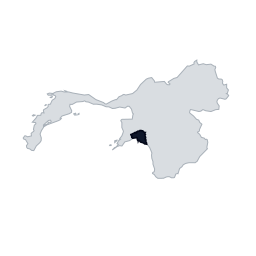 where Sa Kaeo sits in Thailand, rotated 81°
{"feature_id": "THA-433", "entity_name": "Sa Kaeo", "entity_type": "Province", "adm_level": 1, "iso_a3": "THA", "parent_name": "Thailand", "parent_adm1": "", "projection": "albers", "projection_center": [102.297, 13.672], "detail": "fine", "context": "in_parent", "style": "filled", "palette": "ink", "viewbox_px": 256, "rotation_deg": 81, "n_neighbors": 0, "source": "natural_earth", "source_scale": "10m", "svg_char_len": 5898}
<svg xmlns="http://www.w3.org/2000/svg" viewBox="0 0 256 256"><g transform="rotate(81 128 128)"><path d="M109.2,24.4L109.4,25.4L110.5,24.1L111.8,23.5L114.5,26.4L114.8,27.7L112.8,32.4L113.1,34.0L114.3,35.3L115.9,36.1L117.5,35.9L120.5,34.5L123.8,35.4L123.6,38.5L124.7,43.5L123.1,48.6L121.5,51.1L122.7,53.3L122.8,55.4L119.5,63.3L120.2,63.9L122.2,64.8L123.0,64.5L126.4,61.4L130.1,59.0L131.3,56.9L133.7,56.3L135.8,54.4L140.6,57.6L141.9,57.9L142.5,58.5L142.8,59.8L143.4,60.0L145.4,58.2L148.7,57.0L150.0,54.2L151.5,53.4L151.4,52.1L151.9,51.6L154.6,51.4L158.7,52.9L160.2,53.2L160.9,52.8L167.4,61.6L171.7,64.9L172.8,67.2L171.8,73.1L172.0,76.5L172.9,79.1L174.7,80.8L176.1,83.4L181.0,85.8L180.6,86.4L181.0,88.0L184.1,89.8L184.3,90.4L184.0,92.8L182.6,94.7L182.3,96.2L182.4,98.0L183.2,100.8L182.3,106.5L180.5,108.2L178.1,109.3L176.8,110.9L175.8,110.5L175.3,108.9L172.7,108.1L167.6,109.0L165.1,108.6L161.7,109.2L158.4,109.0L156.4,108.3L150.9,109.6L148.6,110.7L146.9,112.4L144.4,116.6L141.9,119.2L141.9,120.3L138.7,120.9L138.9,124.5L140.7,128.4L141.2,133.3L144.8,136.8L144.1,139.2L144.6,141.6L147.3,147.0L145.3,144.4L144.9,142.7L142.6,140.0L141.8,141.3L139.1,139.3L137.9,137.2L137.5,138.1L134.8,135.3L132.0,133.7L130.5,133.0L126.6,134.0L121.6,133.2L119.7,134.0L119.0,133.5L118.5,132.6L119.9,122.4L115.7,121.1L115.0,120.4L114.0,121.2L109.9,121.6L106.8,123.4L106.4,125.0L107.8,127.8L106.0,132.9L106.5,137.6L106.3,140.3L104.1,143.6L103.6,146.3L101.1,150.3L99.5,155.4L99.1,158.4L96.2,163.0L95.5,165.5L94.4,166.5L94.8,168.5L94.3,174.8L96.0,179.4L95.5,181.5L97.5,182.3L102.1,180.9L103.7,181.3L104.7,183.8L105.8,191.2L107.7,193.5L108.2,192.4L109.2,193.6L109.9,195.8L112.2,207.5L113.5,210.6L112.0,209.8L111.2,206.1L109.8,206.0L110.3,203.6L109.5,202.8L108.1,203.4L108.1,205.3L111.8,211.1L114.1,211.3L117.0,213.9L120.2,215.8L124.3,215.2L127.0,215.8L128.7,217.4L131.3,221.3L135.6,224.6L135.0,226.7L133.3,228.3L132.4,230.5L131.2,231.1L129.6,231.1L127.8,229.3L123.5,231.0L122.6,232.7L121.5,233.1L119.6,231.2L119.8,230.2L121.0,228.6L120.7,224.6L118.1,224.5L116.4,221.5L115.9,221.2L114.6,221.6L110.6,220.1L109.4,218.3L108.2,218.4L107.3,221.6L103.8,217.3L101.4,215.4L101.8,212.2L100.1,211.5L99.4,210.6L100.0,208.6L97.7,208.9L96.7,208.4L95.4,204.9L94.2,203.4L92.7,203.4L92.2,202.7L92.4,201.0L88.7,198.5L87.5,195.7L85.8,194.4L84.7,194.8L83.5,196.8L82.7,196.6L81.9,196.1L81.0,193.2L81.1,188.3L82.4,185.5L83.1,181.0L84.8,177.1L88.6,166.0L88.8,161.6L94.9,155.3L99.1,148.1L100.4,147.1L101.0,145.8L98.9,139.9L98.0,135.9L98.2,134.8L95.7,132.0L95.0,128.9L94.4,127.9L94.2,126.8L95.1,125.0L94.7,118.1L91.9,113.3L87.0,108.8L82.6,102.3L82.0,100.0L81.9,96.7L85.6,94.6L87.0,94.5L87.7,84.8L90.8,83.0L91.4,82.2L91.8,80.5L91.1,79.6L89.0,81.2L88.6,80.8L86.2,75.0L85.8,71.6L76.0,59.7L76.5,57.8L75.1,52.7L73.6,52.6L72.7,51.7L71.7,49.4L73.6,49.7L76.7,48.5L76.3,43.6L77.7,40.8L77.9,36.1L80.3,33.4L80.7,32.1L82.0,31.9L83.7,33.0L85.5,33.0L92.8,31.9L93.8,30.7L94.3,28.2L95.0,27.4L96.7,27.1L98.6,27.7L100.6,26.7L100.2,23.7L103.8,24.3L106.1,22.9L109.2,24.4ZM83.7,198.1L83.1,201.7L81.7,202.4L81.2,200.3L82.1,196.9L82.5,197.7L83.7,198.1ZM107.1,177.1L106.8,178.8L105.5,179.4L105.2,177.4L107.1,177.1ZM138.7,140.8L140.3,143.4L138.5,143.1L138.2,140.7L138.7,140.8ZM100.9,220.5L100.1,219.4L100.8,217.7L101.4,219.8L100.9,220.5ZM86.1,198.5L85.7,200.5L85.0,197.8L86.1,198.5ZM107.1,175.5L106.4,175.3L105.9,174.1L106.7,174.1L107.1,175.5ZM92.3,204.6L93.1,206.9L92.1,205.8L92.3,204.6ZM142.7,147.5L142.5,148.9L141.7,148.3L142.2,147.2L142.7,147.5ZM82.2,183.9L81.3,184.5L82.0,183.1L82.2,183.9Z" fill="#d9dde1" stroke="#a8b0b8" stroke-width="1"/><path d="M146.9,112.0L146.9,112.5L146.5,113.1L146.4,113.3L146.4,113.7L146.4,113.9L146.3,114.1L146.1,114.3L145.3,114.9L145.0,115.3L144.8,115.7L144.5,116.5L144.4,116.7L144.2,117.1L144.1,117.3L144.0,117.6L143.7,118.0L142.3,118.7L141.8,119.1L141.8,119.4L142.1,119.7L142.6,120.0L142.3,120.0L141.7,120.4L141.4,120.5L140.6,120.6L139.5,120.5L138.9,120.6L138.7,120.9L138.7,121.0L138.8,121.3L138.9,121.5L138.9,122.8L138.8,123.7L138.9,124.7L138.9,124.8L138.7,124.9L138.7,125.0L138.4,125.1L138.2,125.2L138.2,125.3L138.1,125.6L138.0,125.8L137.9,125.8L137.7,125.8L137.4,125.7L137.2,125.6L137.1,125.4L137.0,125.2L136.9,125.1L136.7,125.1L136.5,125.4L136.3,125.7L136.3,125.8L136.2,125.8L135.9,126.0L135.5,126.0L135.4,126.0L135.2,126.2L135.1,126.3L134.9,126.3L134.8,126.2L134.7,125.5L134.8,125.0L134.8,124.9L134.7,124.8L134.5,124.6L134.4,124.4L134.2,123.8L134.1,123.0L134.0,122.8L133.8,122.6L133.7,122.4L133.6,122.1L133.5,121.9L133.6,121.7L133.9,121.6L134.0,121.6L134.2,121.4L134.3,121.1L134.3,120.8L134.2,120.5L134.2,120.3L134.1,120.2L133.6,120.3L133.4,120.3L133.2,120.3L133.2,120.2L133.2,119.9L133.2,119.7L133.0,119.4L132.9,119.3L132.8,119.2L132.7,119.0L132.6,118.3L132.9,118.0L133.0,117.8L133.0,117.6L133.0,117.4L133.0,117.1L132.8,116.9L132.4,116.8L132.3,116.7L132.4,116.3L132.4,116.1L132.4,115.9L132.4,115.7L132.5,115.3L132.7,115.1L132.9,115.0L133.1,114.8L133.1,114.6L133.0,114.3L133.0,114.0L133.1,113.8L133.4,113.7L133.5,113.6L133.9,113.6L134.0,113.5L134.2,113.4L134.3,113.1L134.5,112.8L134.7,112.7L134.9,112.6L135.1,111.7L135.4,112.0L135.5,112.1L136.2,112.4L136.4,112.4L136.5,112.4L136.7,112.2L136.7,111.9L136.8,111.8L137.0,111.7L137.2,111.8L137.3,111.9L137.4,112.0L137.4,112.3L137.5,112.3L138.1,112.4L138.2,112.5L138.3,112.5L138.5,112.5L138.6,112.4L138.8,112.3L139.0,112.2L139.3,112.1L139.5,112.2L139.7,112.3L139.8,112.3L140.1,112.2L140.3,112.1L140.4,112.3L140.5,112.3L141.0,112.3L141.2,112.5L141.2,112.8L141.3,113.0L141.5,113.1L141.8,113.1L142.0,113.0L142.0,112.9L141.9,112.9L141.7,112.8L141.7,112.7L141.8,112.7L142.0,112.6L142.3,112.4L142.5,112.2L142.6,112.3L142.8,112.4L142.9,112.2L143.0,112.2L143.1,112.3L143.3,112.4L143.8,112.4L144.2,112.5L144.3,112.5L144.9,112.3L145.2,112.2L145.3,112.1L145.6,112.0L145.9,112.0L146.0,112.1L146.3,112.1L146.5,112.1L146.9,112.0L146.9,112.0Z" fill="#0f172a" stroke="#020617" stroke-width="1.5"/></g></svg>